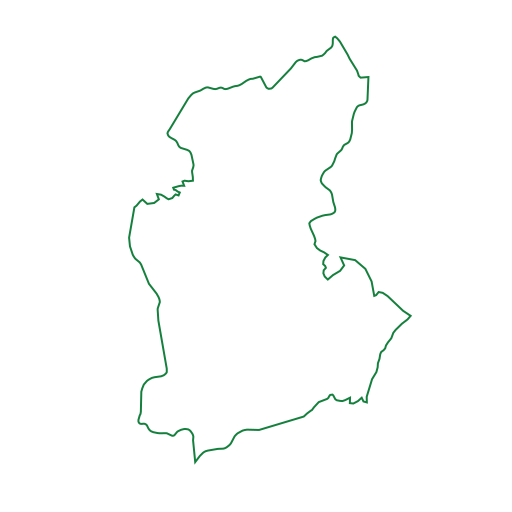 the Province of Roi Et, rotated 339°
{"feature_id": "THA-442", "entity_name": "Roi Et", "entity_type": "Province", "adm_level": 1, "iso_a3": "THA", "parent_name": "Thailand", "parent_adm1": "", "projection": "mercator", "projection_center": [103.855, 15.941], "detail": "fine", "context": "isolated", "style": "outline", "palette": "green", "viewbox_px": 512, "rotation_deg": 339, "n_neighbors": 0, "source": "natural_earth", "source_scale": "10m", "svg_char_len": 4674}
<svg xmlns="http://www.w3.org/2000/svg" viewBox="0 0 512 512"><g transform="rotate(339 256 256)"><path d="M269.3,80.8L270.5,81.0L271.6,81.4L276.1,84.7L277.0,85.2L278.1,85.7L279.4,85.9L282.0,85.9L283.3,86.1L284.3,86.6L285.1,87.3L285.8,88.2L286.6,88.9L287.6,89.3L288.8,89.6L290.2,89.7L295.3,89.7L297.3,89.9L299.7,90.5L301.7,90.6L304.3,90.3L309.6,89.0L312.3,88.7L314.3,88.7L316.6,89.4L324.1,90.0L324.5,90.3L324.7,90.7L326.1,102.4L326.8,103.5L327.8,104.5L330.4,105.1L331.7,104.8L355.8,93.4L362.5,89.3L364.0,88.7L365.4,88.5L366.7,88.5L367.9,88.7L368.9,89.2L369.6,89.8L371.1,91.6L372.6,92.0L374.7,92.0L378.5,91.4L382.0,91.4L384.4,92.0L389.5,92.7L391.4,92.1L393.3,91.3L395.1,90.1L396.1,89.7L400.7,88.4L401.7,87.8L402.6,87.1L403.2,86.2L403.8,85.2L405.1,81.9L405.6,80.9L406.3,80.0L407.3,79.7L408.5,79.6L409.8,81.8L411.2,85.9L413.7,100.8L414.1,105.4L416.7,119.0L416.7,120.4L416.6,123.2L416.4,124.5L417.0,125.9L417.6,127.0L425.1,129.2L416.1,150.0L415.5,151.0L414.7,151.7L413.8,152.3L412.7,152.7L411.3,152.9L410.2,152.9L406.3,152.4L405.1,152.6L404.1,152.9L403.2,153.5L399.8,156.6L398.4,158.2L394.0,164.5L393.5,165.6L390.9,172.6L389.5,175.6L385.7,181.0L384.1,182.5L383.2,183.0L382.0,183.4L378.2,183.9L376.7,184.8L376.2,185.2L374.8,186.7L374.0,187.4L373.0,187.9L368.7,189.5L367.8,190.0L364.8,193.3L363.5,195.0L362.8,195.8L359.6,198.7L358.7,199.3L357.6,199.7L351.6,201.1L350.5,201.5L349.6,202.0L347.8,203.4L346.2,204.8L344.9,206.4L343.6,208.3L343.4,209.8L343.5,211.8L344.9,215.2L345.7,216.9L348.4,221.1L348.7,222.1L349.0,223.7L349.0,225.7L347.5,233.4L347.2,238.9L346.8,240.7L346.4,241.7L345.9,242.5L345.1,243.2L344.0,243.6L342.8,243.8L341.5,243.9L340.2,243.8L335.2,242.6L332.6,242.2L326.8,242.0L324.1,242.3L319.8,243.1L318.3,244.0L317.5,244.6L317.1,246.7L316.9,250.0L317.4,257.9L317.3,261.2L316.9,263.4L316.3,264.1L314.8,266.0L315.7,270.4L317.9,273.9L320.8,276.9L323.5,280.8L320.2,282.2L317.2,284.8L315.8,287.7L317.0,290.1L317.0,292.1L314.1,293.6L312.7,296.3L312.8,299.8L314.6,303.7L321.1,301.4L329.2,300.0L334.9,296.4L334.4,287.6L347.1,295.4L353.5,307.2L354.8,321.2L352.1,335.6L354.1,335.6L357.6,333.6L361.1,335.8L364.5,340.6L373.7,359.9L378.9,367.3L374.8,369.5L368.0,371.5L359.9,375.0L356.7,376.9L352.8,381.3L348.3,383.9L345.3,386.1L343.5,388.5L341.3,389.7L339.7,390.1L338.3,390.6L336.8,392.2L334.4,396.3L331.4,399.8L329.7,403.5L326.8,407.5L320.2,412.6L308.9,427.1L307.0,432.4L304.2,430.3L303.9,426.2L299.2,428.0L294.0,428.6L290.9,427.0L293.0,422.0L287.6,422.5L284.7,422.4L282.6,421.4L279.7,419.6L278.7,418.1L278.2,413.9L277.7,412.8L275.5,412.3L274.0,413.2L272.7,414.4L271.2,414.9L262.2,414.9L256.1,417.9L252.9,419.9L251.9,420.0L247.3,421.3L243.1,423.0L196.5,419.5L185.4,414.9L182.9,414.4L180.8,414.2L175.6,414.9L174.5,415.2L172.5,416.1L171.4,416.7L165.7,421.7L164.5,422.5L162.9,423.2L159.9,424.1L157.9,424.3L156.3,424.1L151.3,422.4L141.3,420.4L138.9,420.2L137.4,420.4L136.1,420.7L132.0,422.5L125.4,426.6L131.2,405.5L132.7,402.4L132.8,402.0L133.0,400.8L132.9,399.1L132.2,396.2L131.5,394.7L130.6,393.6L128.7,392.5L127.7,392.0L126.4,391.7L123.7,391.4L121.0,391.6L119.7,391.8L118.7,392.3L115.9,393.9L114.9,394.2L113.8,394.0L113.0,393.5L109.3,389.6L108.3,389.1L106.0,388.2L104.9,387.9L102.6,387.0L100.6,386.0L96.9,383.6L95.3,382.1L94.7,381.2L94.2,380.1L93.9,379.1L93.7,377.8L93.6,376.5L93.5,375.2L93.1,374.1L92.4,373.2L91.5,372.5L90.5,372.1L89.4,371.9L88.3,371.4L87.5,370.8L87.0,369.8L86.9,368.5L87.5,366.9L90.3,363.2L91.6,362.0L92.7,360.1L100.3,341.6L102.3,338.9L105.2,335.8L109.1,333.7L110.2,333.3L112.5,332.8L115.2,332.5L117.8,332.8L124.3,334.3L127.1,334.3L128.2,334.0L129.3,333.6L130.3,333.1L131.1,332.4L132.3,329.2L141.7,281.3L145.0,270.7L145.5,269.7L149.6,264.7L150.0,263.6L150.3,261.7L150.3,259.5L149.7,255.5L146.1,243.6L145.7,222.9L145.2,220.4L142.5,215.6L142.1,214.5L141.6,212.1L141.4,210.7L141.8,201.8L144.1,193.4L159.9,167.0L162.5,166.2L167.2,163.6L170.3,162.6L173.2,168.4L179.9,170.0L185.6,168.3L185.7,162.6L189.3,164.7L191.7,167.6L193.4,170.2L194.7,171.7L198.6,171.9L201.1,170.5L203.0,169.7L205.4,171.7L207.6,169.4L206.0,167.8L204.6,165.6L203.2,164.7L203.2,162.6L208.9,163.1L211.5,163.6L214.1,164.7L214.1,160.1L216.3,160.1L219.7,162.0L224.1,163.1L225.3,159.7L226.4,154.8L226.8,153.6L226.9,153.4L229.0,150.9L229.6,150.0L230.2,149.0L230.5,147.9L232.0,138.4L231.9,135.8L231.6,134.8L231.3,134.0L230.9,133.5L229.7,132.2L224.5,128.1L223.9,127.2L223.4,126.2L223.2,125.0L223.1,123.8L223.1,122.5L222.9,121.3L222.6,120.0L222.1,119.0L220.8,117.3L220.1,116.6L218.1,114.1L217.5,113.0L217.2,111.7L217.3,109.8L218.1,108.7L219.0,108.0L220.8,106.8L249.3,84.6L253.1,82.5L255.4,81.6L257.3,81.4L262.8,81.6L264.1,81.5L266.6,81.0L269.3,80.8Z" fill="none" stroke="#15803d" stroke-width="2"/></g></svg>